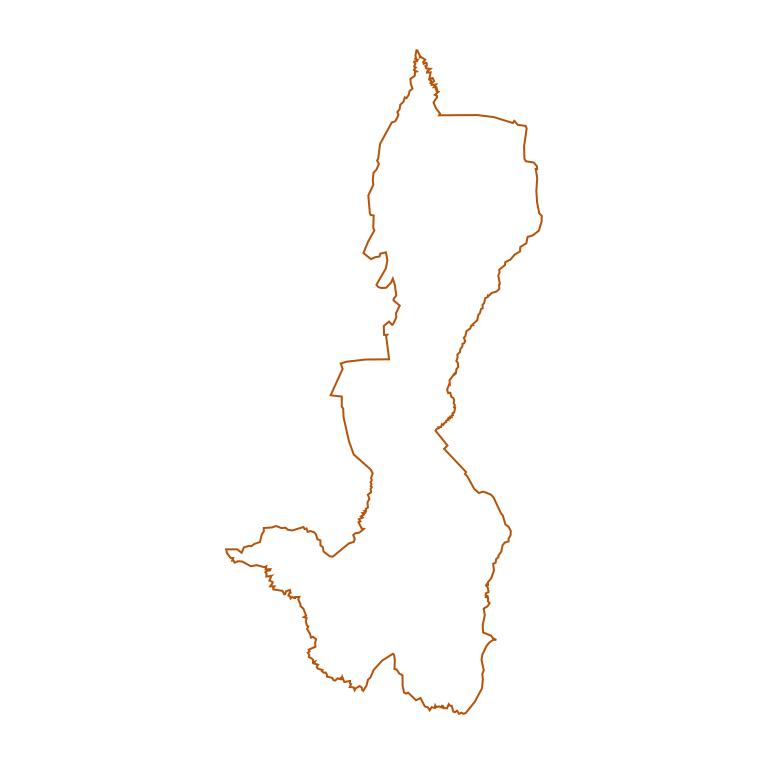 outline of Mvomero, Morogoro, United Republic of Tanzania, rotated 178°
{"feature_id": "72390352B62121337619186", "entity_name": "Mvomero", "entity_type": "district", "adm_level": 2, "iso_a3": "TZA", "parent_name": "United Republic of Tanzania", "parent_adm1": "Morogoro", "projection": "robinson", "projection_center": [37.562, -6.599], "detail": "fine", "context": "isolated", "style": "outline", "palette": "amber", "viewbox_px": 768, "rotation_deg": 178, "n_neighbors": 0, "source": "geoboundaries", "source_scale": "gbopen_adm2", "svg_char_len": 6098}
<svg xmlns="http://www.w3.org/2000/svg" viewBox="0 0 768 768"><g transform="rotate(178 384 384)"><path d="M265.0,222.3L264.8,225.3L262.8,228.3L262.4,232.8L264.6,237.1L267.6,239.4L269.8,248.3L271.8,251.1L278.4,266.7L280.9,269.6L285.7,271.9L288.7,272.9L293.1,271.8L297.6,276.2L303.9,288.7L306.3,291.3L305.0,293.1L326.2,317.1L322.7,320.3L334.1,335.4L333.0,337.2L330.8,338.0L331.2,338.8L328.4,339.0L327.6,341.8L326.3,341.0L325.0,343.0L323.2,343.7L323.2,345.2L321.2,345.9L321.5,347.4L320.8,346.5L320.7,347.9L319.2,347.5L319.1,349.0L317.5,348.5L317.5,350.2L316.2,350.4L316.6,352.4L314.9,353.0L313.7,357.9L314.8,358.3L313.9,360.2L315.0,362.4L314.4,365.3L315.1,367.5L317.1,368.7L318.1,372.9L320.2,372.7L321.1,376.2L318.7,381.8L318.2,381.4L318.4,385.4L313.3,391.8L313.0,391.1L311.8,392.0L311.1,396.3L309.2,398.4L309.5,402.5L310.9,404.5L309.5,407.9L309.7,410.8L306.8,413.4L306.7,415.8L304.3,418.9L304.2,421.4L302.5,421.9L301.4,424.0L302.6,427.5L301.1,428.7L299.8,433.9L295.9,436.5L294.8,439.2L293.0,439.6L293.5,440.2L288.7,444.4L287.2,450.0L285.9,451.1L284.3,455.6L282.8,456.1L282.7,459.7L281.2,461.2L279.8,466.2L277.2,467.3L277.0,469.0L275.9,468.7L273.2,471.2L268.3,472.5L265.5,474.9L265.5,479.3L264.7,480.0L266.0,488.3L264.6,491.7L264.9,494.2L258.9,498.7L258.6,501.5L253.4,503.8L249.1,508.6L243.4,511.8L243.0,516.2L236.9,519.6L235.3,526.0L230.4,527.2L223.9,531.8L220.8,540.9L220.5,546.5L222.9,549.2L224.7,560.3L225.0,571.7L223.7,584.5L224.9,593.6L223.5,593.4L223.6,596.4L226.6,600.1L234.6,601.7L235.8,604.3L235.7,616.8L232.5,634.4L233.4,637.0L241.2,638.3L244.6,642.4L246.1,640.3L264.8,646.9L281.2,649.5L319.6,650.6L318.6,652.3L322.5,657.9L324.7,663.6L320.9,668.9L321.0,670.1L323.1,671.2L319.3,674.1L321.1,674.8L320.7,676.0L321.9,676.5L321.9,677.6L321.0,677.2L321.2,678.7L323.8,678.8L321.5,681.6L325.9,681.2L326.0,682.5L327.1,683.0L326.7,684.3L325.2,683.6L323.4,684.9L324.7,688.1L327.2,687.6L326.4,685.4L328.3,686.7L326.5,693.8L330.2,693.7L330.0,694.8L326.6,697.4L330.8,697.9L331.5,700.3L330.2,700.5L330.1,703.1L330.8,703.7L333.1,702.6L333.6,704.4L331.5,706.7L335.7,709.6L336.8,709.1L336.7,710.8L338.9,716.1L339.9,716.4L341.1,711.1L340.7,709.1L341.5,708.0L339.0,706.9L339.7,705.4L342.3,705.4L342.7,704.5L341.5,703.0L342.8,700.1L341.2,699.2L343.2,696.8L340.6,695.2L342.1,694.9L342.5,690.9L347.0,687.9L346.7,682.7L345.2,678.2L348.2,676.0L349.1,672.3L351.6,668.9L353.2,669.7L354.6,665.5L358.0,662.5L358.8,658.0L361.2,655.3L360.2,652.8L361.6,649.4L363.6,646.2L367.1,645.1L379.5,624.2L382.0,609.2L383.1,607.7L381.4,604.1L384.0,598.6L387.1,595.4L388.1,588.2L387.7,583.5L393.1,573.0L392.2,555.6L391.6,553.5L388.4,552.7L389.3,540.6L388.3,537.8L395.0,526.6L400.0,515.6L392.6,509.2L388.6,511.0L384.0,511.6L383.2,514.4L377.5,515.5L376.3,507.3L378.1,499.5L388.1,483.4L386.3,481.1L383.3,480.0L378.5,480.1L373.4,485.1L371.5,489.0L369.8,483.0L368.6,472.0L371.4,468.8L371.6,467.2L365.5,461.8L369.5,454.5L369.4,450.0L373.0,443.2L373.8,442.8L376.7,446.2L382.2,442.0L382.2,433.1L379.1,433.1L380.2,431.9L378.0,408.5L401.3,409.1L420.5,407.6L426.5,406.0L424.8,400.6L437.7,374.6L426.6,372.9L427.0,362.9L425.6,360.7L425.6,352.3L421.0,327.9L416.7,314.6L400.5,299.2L398.4,295.2L400.2,290.6L399.6,288.3L400.9,286.0L400.0,284.3L400.8,282.4L399.8,281.4L401.1,279.7L400.7,276.3L404.0,273.9L402.6,269.7L404.6,266.4L404.4,261.2L406.5,259.8L406.5,258.1L408.0,257.8L406.8,256.7L407.4,255.8L410.0,255.7L408.7,254.1L411.6,252.6L409.9,251.3L413.8,249.7L412.4,247.5L414.3,246.8L411.5,240.6L409.2,239.9L413.9,236.3L418.0,235.8L420.0,234.1L418.6,230.1L419.9,227.1L424.5,226.0L441.3,213.2L444.3,213.8L450.3,218.7L450.8,223.0L453.2,225.0L453.0,229.9L456.1,231.3L457.2,236.1L459.0,238.3L462.6,239.6L465.5,238.9L466.5,242.3L468.4,241.8L469.5,243.9L480.7,240.8L485.2,241.7L487.6,243.9L491.4,243.5L496.7,245.8L501.2,244.5L509.2,244.3L509.3,240.9L511.4,237.8L513.5,230.4L519.1,228.7L522.5,226.4L524.2,227.0L529.6,225.7L532.2,220.3L536.5,223.9L547.5,224.3L546.9,220.5L543.4,215.6L540.8,215.3L541.9,212.8L540.6,212.9L539.5,210.7L536.0,212.0L531.8,211.5L523.5,206.5L517.6,207.4L509.9,205.1L508.0,205.9L508.8,202.9L503.9,202.9L504.4,201.7L507.6,201.4L509.1,200.1L508.0,198.9L508.3,195.6L503.5,196.2L504.6,195.4L503.8,194.8L505.4,191.5L502.3,190.1L502.3,188.9L504.8,185.8L500.6,185.6L502.0,183.8L501.8,182.6L492.7,180.8L491.1,177.3L490.1,177.4L489.1,180.3L485.3,181.5L484.7,178.8L485.6,178.8L486.9,175.9L485.3,175.0L484.8,172.9L483.2,174.4L481.2,173.2L480.3,173.2L480.3,174.2L476.1,174.2L477.2,171.7L475.1,166.5L475.3,165.0L472.4,162.3L470.0,155.2L472.3,153.8L469.5,152.9L470.4,149.7L469.6,145.5L468.1,144.3L469.5,141.8L466.8,137.3L465.8,133.1L463.9,133.9L460.8,131.3L461.9,127.6L461.7,123.8L468.5,121.2L467.7,119.4L469.5,118.1L468.1,115.7L468.7,113.8L465.6,112.1L464.6,110.7L464.7,108.3L462.6,109.0L463.8,107.1L459.7,105.8L461.2,103.6L460.2,101.9L455.5,100.3L456.2,99.3L454.4,97.6L452.5,97.7L451.2,95.7L451.3,93.6L446.0,92.1L444.9,89.8L443.1,89.3L440.6,91.5L438.8,90.7L437.7,91.5L437.6,90.5L436.5,90.4L435.9,92.6L434.1,87.6L428.3,88.4L428.4,85.9L427.4,85.2L428.8,82.3L424.8,81.8L424.1,79.0L422.9,80.8L418.9,83.0L416.8,81.3L416.7,79.3L415.5,78.0L412.0,83.3L410.3,89.1L407.8,91.2L404.2,98.7L395.6,107.6L384.5,114.1L383.4,112.8L382.8,107.8L383.5,98.7L381.4,98.3L378.9,94.2L375.7,92.2L375.9,81.4L374.7,74.9L372.5,73.8L370.7,74.7L363.0,66.8L358.5,68.9L354.5,60.4L351.4,59.3L349.8,56.3L347.6,59.4L344.6,58.4L344.0,61.0L343.0,59.2L340.4,59.9L337.9,58.8L337.2,60.4L336.1,59.8L335.9,58.0L332.3,57.7L330.5,61.8L329.0,60.1L327.5,60.0L326.2,54.1L324.4,53.6L322.4,54.9L320.5,51.7L318.0,52.8L315.8,51.6L313.6,52.5L304.4,63.2L296.7,76.4L295.5,85.5L295.9,90.8L294.3,94.3L296.2,105.0L295.1,110.2L290.7,118.6L287.8,121.9L283.9,124.5L280.7,124.4L284.0,126.2L285.7,128.7L293.6,132.2L293.8,139.4L291.3,149.6L292.2,156.1L288.2,158.3L286.1,161.4L287.7,163.1L287.4,167.2L289.4,167.4L288.5,168.7L289.8,168.9L289.6,171.2L286.7,172.5L287.4,177.0L289.1,179.1L288.4,180.3L287.1,179.8L287.1,182.2L283.7,186.0L280.6,193.7L281.2,200.5L278.7,201.5L278.0,205.2L275.7,207.0L275.6,208.5L272.6,212.5L271.2,218.6L268.9,221.3L265.0,222.3Z" fill="none" stroke="#b45309" stroke-width="2"/></g></svg>